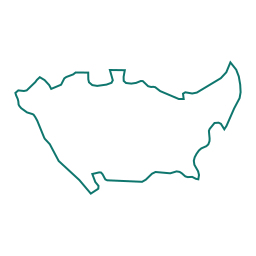 map outline of Milano (Natural Earth projection)
{"feature_id": "ITA-5450", "entity_name": "Milano", "entity_type": "Province", "adm_level": 1, "iso_a3": "ITA", "parent_name": "Italy", "parent_adm1": "", "projection": "natural_earth1", "projection_center": [9.132, 45.455], "detail": "fine", "context": "isolated", "style": "outline", "palette": "teal", "viewbox_px": 256, "rotation_deg": 0, "n_neighbors": 0, "source": "natural_earth", "source_scale": "10m", "svg_char_len": 1363}
<svg xmlns="http://www.w3.org/2000/svg" viewBox="0 0 256 256"><path d="M230.4,62.4L236.2,69.7L238.8,76.5L240.2,84.7L240.6,92.2L239.6,98.1L234.2,108.3L226.5,125.9L224.3,129.3L220.9,123.8L218.6,122.7L214.5,123.0L209.7,128.9L208.9,130.9L209.6,138.6L209.5,141.1L208.3,144.4L206.3,146.2L201.3,148.4L198.9,150.5L196.6,153.7L194.7,157.3L193.8,160.8L194.4,164.8L198.1,171.3L199.0,175.0L198.3,179.3L195.9,178.8L192.2,176.9L187.7,177.1L185.3,176.4L181.7,173.2L179.6,171.9L176.6,171.4L170.2,173.3L155.5,172.0L152.0,173.7L145.8,179.7L142.1,181.8L107.2,180.3L105.3,179.4L102.6,174.3L101.0,172.5L99.1,172.4L92.3,174.0L95.3,182.0L98.5,185.9L98.3,188.7L90.8,193.6L79.3,180.0L58.7,161.0L49.8,144.2L44.8,138.8L44.1,137.5L37.3,120.8L35.2,117.0L33.6,114.7L32.5,114.1L27.0,112.4L21.2,108.2L19.5,106.2L18.6,104.6L18.3,101.3L17.7,98.9L16.1,95.3L15.4,92.9L18.3,90.4L23.9,91.0L26.7,90.4L35.3,82.1L36.9,79.9L39.8,77.2L44.6,80.1L49.2,85.1L51.2,88.9L61.1,84.7L64.3,78.4L66.3,77.0L73.2,74.4L75.6,72.5L88.2,72.6L88.3,79.3L89.0,82.3L92.3,85.1L97.2,85.9L106.5,84.6L111.5,82.8L112.8,80.3L109.9,70.0L124.8,70.2L123.6,76.9L123.7,80.9L126.0,83.0L131.3,83.6L136.1,82.9L140.8,81.0L142.8,81.1L148.1,86.2L151.1,87.0L153.2,86.8L155.2,87.2L160.2,91.1L178.8,99.0L183.7,99.0L183.0,93.7L185.3,92.3L192.2,93.5L196.8,92.6L220.8,78.2L226.3,72.3L230.4,62.4Z" fill="none" stroke="#0f766e" stroke-width="2"/></svg>